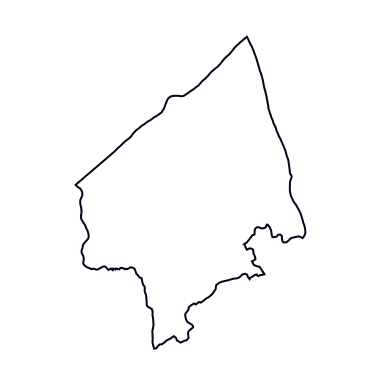 Viengphoukha, Louang Namtha, Laos (Robinson projection), rotated 5°
{"feature_id": "54806243B46667129508347", "entity_name": "Viengphoukha", "entity_type": "district", "adm_level": 2, "iso_a3": "LAO", "parent_name": "Laos", "parent_adm1": "Louang Namtha", "projection": "robinson", "projection_center": [101.061, 20.668], "detail": "fine", "context": "isolated", "style": "outline", "palette": "ink", "viewbox_px": 384, "rotation_deg": 5, "n_neighbors": 0, "source": "geoboundaries", "source_scale": "gbopen_adm2", "svg_char_len": 5967}
<svg xmlns="http://www.w3.org/2000/svg" viewBox="0 0 384 384"><g transform="rotate(5 192 192)"><path d="M167.9,351.4L170.1,350.7L171.7,348.1L173.2,346.6L175.5,346.3L176.4,345.1L178.3,343.8L179.1,342.6L180.7,341.4L183.1,340.0L186.4,337.2L188.8,338.7L189.9,341.2L193.9,343.0L196.4,341.4L198.0,340.6L199.3,340.3L201.3,337.8L200.3,333.0L200.9,330.7L203.4,328.2L204.9,326.8L204.9,325.9L203.5,324.2L198.8,321.9L197.1,319.3L196.1,316.0L196.0,313.8L197.3,311.9L198.6,309.7L198.7,307.9L199.3,306.5L200.5,305.4L201.5,304.6L203.4,303.1L204.4,303.0L205.5,303.7L206.8,302.6L208.6,300.9L210.2,301.5L213.0,299.3L215.3,297.0L217.9,295.2L220.9,292.1L222.4,289.8L224.0,286.6L224.2,282.7L227.0,280.0L229.7,278.7L234.5,277.2L240.7,274.8L245.0,273.9L247.1,272.5L249.4,269.8L252.0,268.8L254.2,269.6L255.1,271.8L255.8,272.4L257.0,273.8L257.6,272.4L258.9,271.5L261.0,269.8L262.9,268.6L263.8,268.5L264.5,269.8L265.6,269.9L266.5,269.1L267.5,268.9L270.0,268.1L271.3,267.6L270.4,266.3L269.5,265.4L268.1,263.3L265.7,260.6L262.6,260.2L259.7,259.1L258.8,257.3L257.7,255.9L260.0,254.5L261.1,253.2L260.1,250.3L258.9,248.5L257.8,244.1L256.4,243.3L254.3,243.1L251.7,244.7L250.0,242.1L249.4,240.5L248.3,239.6L251.1,237.3L252.4,235.4L254.5,232.1L255.6,230.1L258.0,228.8L257.8,226.9L257.8,224.7L258.1,223.2L259.7,221.5L261.4,221.2L263.2,221.9L265.1,222.2L267.4,221.5L268.8,220.3L269.3,218.0L270.3,217.9L271.1,218.9L272.4,220.2L274.1,223.2L275.1,227.5L276.1,230.0L279.1,229.5L280.3,228.9L281.5,227.1L283.5,226.7L285.4,228.0L285.6,230.2L286.3,233.0L287.8,234.3L290.4,233.9L292.6,231.8L294.4,229.5L296.4,228.7L298.3,228.0L300.3,227.5L302.2,226.9L304.5,227.4L306.1,228.3L307.0,227.2L307.9,225.3L308.5,223.2L308.4,221.8L308.0,219.3L307.4,217.3L307.0,216.0L306.2,214.2L305.5,212.8L305.0,211.1L304.3,209.5L303.4,207.2L302.7,205.5L302.1,204.0L301.0,202.2L300.0,200.7L297.0,196.1L294.3,193.1L292.5,190.0L291.0,187.5L290.2,185.2L289.4,182.4L289.2,180.7L288.9,175.6L288.8,172.6L289.2,171.4L289.9,169.0L289.9,167.8L289.5,166.7L288.1,165.3L287.4,161.7L287.0,159.9L286.9,159.4L286.9,159.2L285.2,152.2L285.0,151.3L284.6,150.6L283.4,148.2L281.3,142.3L281.1,141.9L280.2,140.5L279.5,138.7L279.1,138.1L278.3,136.6L278.0,136.2L277.0,134.2L276.5,133.5L275.6,131.6L274.7,130.3L273.6,128.6L272.9,127.1L271.6,124.8L270.3,122.1L269.8,120.5L269.2,119.5L268.2,118.0L267.2,116.3L266.5,114.3L265.8,112.9L264.7,111.1L263.8,108.7L262.8,106.9L261.9,104.4L261.4,103.5L260.7,101.4L260.4,99.1L259.9,97.8L259.3,95.1L258.7,93.6L258.0,90.7L257.3,88.6L256.5,86.2L256.0,84.6L255.7,84.2L254.7,81.1L254.2,79.4L253.6,77.3L253.2,75.8L252.5,73.5L251.6,71.0L250.1,67.3L249.4,66.1L248.5,63.7L247.8,61.6L247.0,60.1L246.6,58.8L245.9,56.9L245.1,55.0L244.4,53.1L243.7,51.6L243.0,50.3L242.5,49.2L241.8,47.7L241.2,46.4L240.8,45.4L240.4,44.8L239.8,43.7L239.3,42.5L238.9,42.0L238.4,41.1L237.2,39.4L236.6,38.3L235.8,37.1L234.7,34.9L234.1,34.1L233.1,32.6L228.2,37.5L223.0,43.1L222.5,43.7L221.7,44.8L220.7,46.4L219.8,47.8L218.6,49.5L217.3,51.4L215.9,52.9L214.1,54.7L213.2,55.7L212.1,57.2L211.5,58.1L210.8,59.1L209.9,60.7L208.4,62.6L207.0,64.6L205.1,66.3L203.6,67.7L202.1,69.4L201.3,70.0L200.5,71.1L199.5,72.4L198.7,73.6L197.4,75.3L196.3,76.7L195.0,78.2L192.7,80.4L191.7,81.8L190.7,83.1L189.2,85.4L187.9,86.3L187.0,87.1L185.7,88.4L184.3,89.7L182.8,90.8L180.7,92.6L178.7,94.4L177.8,95.0L176.2,96.4L174.9,97.1L173.3,97.6L170.9,97.4L168.1,97.5L165.9,97.7L163.3,98.3L161.2,99.7L159.7,101.6L158.7,104.6L157.9,107.1L157.4,109.3L156.8,111.3L155.4,113.9L154.6,115.6L153.6,116.3L151.8,118.0L150.6,118.9L149.6,119.6L147.1,121.4L146.0,122.5L144.7,123.6L143.1,124.9L141.7,125.7L139.6,127.7L138.6,128.6L137.3,129.6L136.2,130.3L135.0,131.7L133.3,133.4L132.0,134.5L130.7,135.7L129.0,137.9L127.6,139.9L126.3,142.1L125.1,143.6L122.8,145.6L121.0,147.4L119.7,148.7L118.6,150.0L116.8,152.2L113.7,155.3L112.8,156.6L110.5,159.2L92.3,177.8L77.9,192.5L75.5,195.0L76.2,195.7L77.8,197.0L80.3,198.3L81.5,199.7L82.7,202.0L83.0,204.4L82.9,205.6L81.8,208.4L81.5,209.7L81.4,211.3L81.8,214.0L82.8,216.7L83.5,219.5L83.3,219.8L83.3,220.3L83.7,220.8L83.8,221.6L83.8,222.1L83.6,222.7L83.5,223.3L83.6,223.7L83.6,224.3L83.4,225.1L83.7,225.7L83.5,226.7L83.7,227.2L83.8,227.6L84.0,228.2L84.1,228.7L84.5,229.0L84.8,229.7L85.1,230.3L85.5,230.8L86.1,231.3L86.5,231.8L86.6,232.3L87.6,233.3L88.5,234.5L89.8,237.4L91.2,239.4L92.3,242.2L92.3,242.3L92.8,244.0L92.9,245.6L92.8,246.7L92.4,247.9L91.7,248.9L90.5,250.4L90.0,250.9L89.3,252.1L88.4,253.5L88.1,254.6L87.9,255.7L87.7,257.7L87.3,258.9L87.1,260.2L87.2,261.6L87.9,263.2L89.1,264.9L89.7,266.5L90.0,268.5L89.9,270.4L89.8,272.2L90.2,273.3L91.8,275.0L93.9,276.1L96.0,276.7L97.1,277.0L98.3,277.6L99.1,277.5L100.3,276.9L101.5,277.1L102.8,277.5L104.2,277.6L105.2,277.2L108.8,274.7L110.1,273.9L111.7,273.8L112.4,274.1L115.2,276.7L115.6,277.0L115.8,276.9L116.2,276.4L116.3,276.3L116.8,276.2L117.0,275.9L117.2,275.6L117.6,275.5L118.6,275.4L118.5,275.5L118.5,275.8L118.9,275.9L119.3,276.1L119.5,276.3L119.7,276.9L119.9,276.9L119.9,276.4L120.0,276.1L120.3,275.9L120.6,275.7L120.8,275.4L121.2,275.4L121.6,275.7L122.0,275.5L122.3,275.8L122.5,275.5L122.7,275.0L123.1,274.8L123.4,274.8L123.6,275.1L124.0,275.2L124.5,275.1L124.8,275.3L125.5,275.4L126.3,275.4L126.3,275.0L126.5,274.7L127.0,274.3L127.3,274.0L128.1,274.0L128.4,273.6L129.1,273.9L129.6,273.8L130.4,274.0L131.3,274.6L131.9,274.8L132.4,274.7L132.9,274.2L133.6,274.2L134.4,274.5L134.8,274.1L135.2,274.0L135.7,273.7L136.1,273.1L136.6,272.9L137.1,272.5L137.7,272.3L138.5,272.4L139.4,272.5L140.4,272.9L141.7,273.9L142.4,275.3L143.8,278.4L145.3,279.6L146.2,280.6L147.3,281.7L149.3,282.3L149.7,283.7L150.8,287.3L151.4,288.6L152.4,289.7L153.0,290.5L153.4,291.7L153.3,292.9L153.6,295.2L154.0,296.2L154.6,297.5L155.2,298.6L155.5,300.4L156.3,304.5L156.6,307.6L156.9,308.9L157.8,310.1L159.4,310.8L161.2,311.6L162.1,312.0L163.2,314.6L163.4,318.6L163.8,319.6L164.5,322.8L165.3,328.2L165.1,329.6L164.6,334.2L165.3,339.1L165.7,342.4L165.7,345.1L166.2,346.7L167.9,351.4Z" fill="none" stroke="#020617" stroke-width="2"/></g></svg>